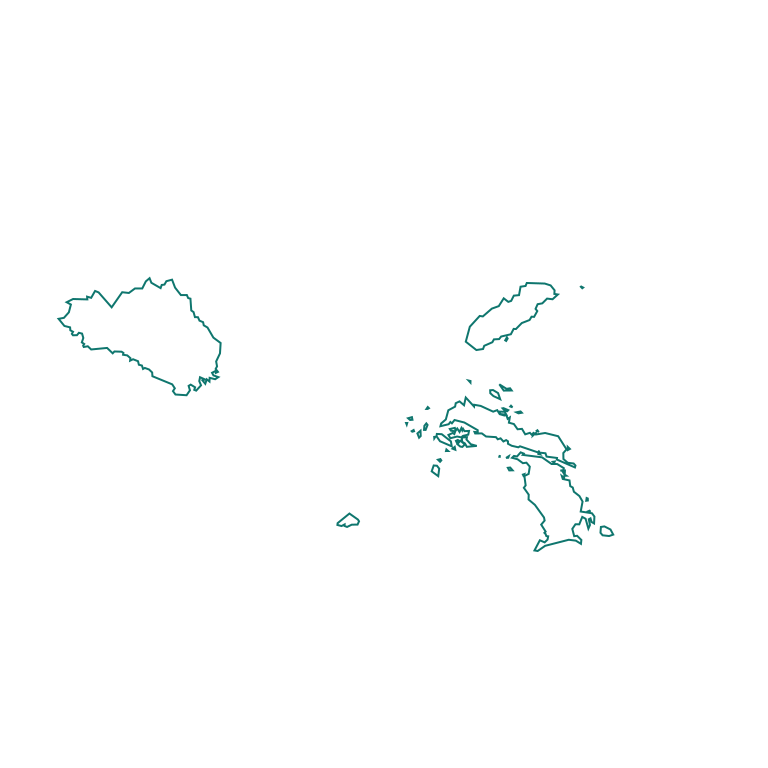 outline of Nias Selatan, Sumatera Utara, Indonesia, rotated 322°
{"feature_id": "22746128B70987165350034", "entity_name": "Nias Selatan", "entity_type": "district", "adm_level": 2, "iso_a3": "IDN", "parent_name": "Indonesia", "parent_adm1": "Sumatera Utara", "projection": "albers", "projection_center": [98.287, 0.198], "detail": "fine", "context": "isolated", "style": "outline", "palette": "teal", "viewbox_px": 768, "rotation_deg": 322, "n_neighbors": 0, "source": "geoboundaries", "source_scale": "gbopen_adm2", "svg_char_len": 6182}
<svg xmlns="http://www.w3.org/2000/svg" viewBox="0 0 768 768"><g transform="rotate(322 384 384)"><path d="M191.3,125.6L184.3,124.2L186.2,128.6L179.8,133.5L172.5,134.8L167.7,132.3L167.9,141.5L171.5,146.1L169.9,148.6L171.1,151.4L168.9,152.3L168.9,154.1L172.1,156.5L175.1,155.8L177.1,158.4L175.4,162.6L171.5,165.2L172.4,167.9L170.5,168.6L170.2,170.0L173.8,171.9L174.5,176.5L188.0,185.1L189.1,192.8L191.6,192.4L197.1,197.0L197.8,199.1L196.4,200.3L199.3,203.4L200.1,207.5L198.3,209.3L201.5,210.0L204.2,214.6L202.7,217.9L204.6,220.4L203.4,223.8L205.4,224.1L207.8,227.9L208.4,232.2L206.3,235.3L216.9,253.9L216.5,258.6L213.3,259.7L213.2,263.9L221.5,271.3L227.2,269.5L228.9,265.2L231.3,265.5L233.1,270.3L230.9,271.8L231.9,273.6L239.0,272.4L240.2,268.0L243.2,265.4L245.8,270.3L243.2,269.3L243.3,273.8L247.2,271.2L248.0,274.6L250.4,271.8L253.9,276.3L257.7,276.6L254.9,272.2L255.4,269.3L259.3,270.0L258.3,271.7L260.6,272.2L260.6,268.5L263.3,267.3L265.6,262.9L273.6,258.9L280.5,251.1L278.1,242.4L279.7,230.8L278.1,226.8L279.5,223.9L277.6,220.5L278.5,216.8L276.2,214.9L278.2,210.1L277.4,207.4L284.0,197.6L282.6,195.7L283.4,192.5L278.7,188.9L278.7,179.4L281.2,171.3L275.8,169.0L272.2,170.5L269.8,169.1L267.0,170.9L263.0,161.0L264.4,156.3L259.5,156.5L252.3,159.9L246.6,155.4L239.0,155.2L234.2,150.5L216.6,155.9L215.5,136.1L213.6,132.8L206.3,135.8L203.8,132.4L202.3,134.7L191.3,125.6ZM444.2,523.0L442.1,520.7L439.5,521.0L442.9,525.5L444.7,531.9L447.8,533.7L448.0,538.9L442.6,543.9L438.0,542.9L433.2,551.1L430.3,551.9L429.9,560.3L426.8,564.0L428.5,572.2L427.9,587.7L426.5,590.5L421.3,591.6L420.5,599.8L418.0,600.1L419.3,600.6L418.3,603.8L419.6,605.1L417.1,607.3L413.1,607.7L410.6,603.1L400.1,607.8L402.3,610.2L411.3,610.7L433.7,620.5L438.7,625.5L440.8,631.2L443.5,628.4L442.7,622.5L440.2,621.0L443.2,614.1L448.5,612.4L451.5,614.8L458.4,610.8L459.9,614.3L456.0,623.8L459.5,621.9L462.1,616.7L464.0,617.0L462.6,620.5L463.7,623.2L468.2,618.0L468.3,613.9L460.5,605.6L468.1,598.9L469.0,592.6L467.3,585.8L469.0,581.8L467.9,579.1L470.8,574.2L466.4,568.9L467.5,566.0L468.2,568.7L469.6,567.4L471.2,568.5L470.6,566.7L473.3,563.6L472.0,562.8L470.7,564.6L471.0,561.8L469.6,560.8L472.5,562.4L473.9,561.0L471.2,553.7L466.8,550.2L463.4,539.1L449.7,525.3L451.3,524.9L449.6,522.0L444.2,523.0ZM432.8,444.2L428.7,443.3L426.1,445.6L418.5,444.3L410.9,450.0L404.7,450.3L402.5,452.0L410.2,455.5L412.9,454.8L413.3,456.8L417.4,455.8L423.6,463.8L429.4,478.1L428.2,479.7L425.8,477.5L425.4,479.1L430.7,483.2L432.1,488.2L439.5,494.8L439.6,497.6L442.4,498.6L442.7,502.8L445.7,503.4L446.4,505.5L444.9,507.4L446.6,511.3L450.9,516.6L452.8,516.8L463.3,532.8L465.2,532.0L463.9,533.4L468.6,538.0L467.4,541.3L474.8,548.8L473.7,549.9L483.1,567.3L484.7,566.1L484.5,563.4L480.3,559.2L479.2,553.6L482.8,548.8L487.6,547.9L489.1,532.4L480.8,521.8L472.8,517.4L473.6,516.1L469.8,516.3L472.5,514.4L469.2,515.0L468.9,512.3L464.3,510.6L465.1,504.3L461.4,501.9L461.7,495.5L458.6,491.4L462.5,487.8L460.0,487.6L461.3,483.8L459.5,483.0L456.6,479.0L457.1,474.3L453.0,473.0L446.7,460.8L442.3,455.9L441.1,457.2L440.1,445.0L434.0,450.0L432.8,444.2ZM501.3,389.3L486.9,391.7L474.5,401.0L477.7,414.1L483.6,417.4L486.5,415.6L495.1,417.8L498.1,416.5L502.4,419.5L505.5,418.7L514.6,422.9L520.1,420.4L521.8,421.9L530.1,420.8L538.1,423.2L541.7,421.8L543.6,423.5L549.7,420.9L549.7,418.1L554.2,415.7L558.4,417.9L565.1,417.1L569.0,421.0L576.1,420.5L573.7,417.9L576.1,415.2L576.0,408.9L572.5,403.8L558.7,392.3L555.9,393.9L551.5,391.4L545.1,397.1L540.7,394.3L535.4,396.8L532.5,395.8L531.1,390.2L522.4,393.3L515.4,391.0L503.5,391.6L501.3,389.3ZM277.0,464.8L261.8,465.1L260.5,466.4L263.1,469.8L266.5,470.4L265.5,471.6L266.9,473.9L272.0,475.0L276.6,478.5L279.8,476.8L280.0,474.8L277.0,464.8ZM408.2,460.0L408.0,462.0L411.0,465.2L408.6,466.7L408.0,464.9L403.4,463.8L402.9,467.6L409.3,470.4L412.0,473.6L414.3,473.5L419.2,475.8L422.1,473.3L418.4,470.7L418.7,468.0L417.1,468.8L417.8,466.4L414.0,468.3L414.3,464.2L411.7,464.9L412.8,462.2L408.2,460.0ZM466.9,630.2L463.0,634.5L463.1,637.8L467.8,642.4L471.9,643.8L472.9,638.1L470.0,631.9L466.9,630.2ZM401.4,470.4L398.6,459.1L394.9,455.9L393.2,457.5L392.9,463.6L399.0,474.8L401.4,470.4ZM416.6,477.0L412.4,474.1L410.0,477.6L411.2,480.7L410.6,484.5L419.0,489.9L415.3,484.9L414.8,478.5L416.6,477.0ZM370.0,490.0L375.4,484.7L375.4,481.0L373.0,478.8L367.8,482.2L370.0,490.0ZM468.3,461.4L466.2,455.9L463.8,454.3L462.1,456.7L462.8,460.9L466.2,467.5L468.3,461.4ZM409.3,475.7L404.8,476.6L405.6,480.3L407.0,481.8L410.5,481.4L409.3,475.7ZM474.7,455.3L474.3,462.9L480.6,467.7L480.7,465.0L477.6,463.3L474.7,455.3ZM384.0,443.3L379.9,443.5L378.6,447.9L380.9,447.6L384.0,443.3ZM461.5,483.5L462.0,480.2L457.7,476.6L457.2,479.3L461.5,483.5ZM388.5,445.8L393.1,443.1L393.1,441.1L390.1,441.8L387.3,444.8L388.5,445.8ZM384.4,429.7L385.6,427.3L381.9,425.8L382.4,428.4L384.4,429.7ZM432.2,531.2L432.0,527.5L430.0,526.3L429.5,529.2L432.2,531.2ZM382.1,479.5L382.2,477.9L379.9,476.9L380.3,479.8L382.1,479.5ZM401.0,477.1L398.2,477.2L399.7,479.7L401.0,477.1ZM465.8,481.1L463.3,476.6L462.5,476.2L462.8,479.6L464.3,481.3L465.8,481.1ZM474.9,491.5L474.7,489.7L470.9,487.8L471.9,489.9L474.9,491.5ZM506.8,425.3L509.4,424.3L509.6,422.9L506.4,424.2L506.8,425.3ZM490.5,549.6L490.1,546.7L488.3,549.2L490.5,549.6ZM472.9,601.3L474.1,599.7L473.5,598.6L471.5,600.5L472.9,601.3ZM391.6,475.0L393.3,476.3L392.9,474.0L391.6,475.0ZM405.7,473.1L405.3,474.9L408.1,474.6L407.7,473.5L405.7,473.1ZM404.5,430.7L404.3,429.1L402.1,429.8L403.0,430.5L404.5,430.7ZM453.0,436.1L454.0,434.9L452.8,433.4L453.0,436.1ZM469.4,551.0L470.8,550.2L469.2,549.3L469.4,551.0ZM378.6,439.7L379.0,438.5L376.8,438.2L376.9,439.0L378.6,439.7ZM390.2,457.8L392.0,457.2L391.0,456.6L390.2,457.8ZM436.5,518.6L437.9,517.7L434.7,517.4L436.5,518.6ZM476.4,517.2L476.4,514.9L475.6,514.9L476.4,517.2ZM376.9,430.0L378.3,429.0L377.4,428.3L376.9,430.0ZM463.7,535.6L463.7,534.3L462.0,533.6L463.7,535.6ZM600.3,430.6L599.4,428.6L599.0,428.6L599.2,430.6L600.3,430.6ZM466.5,610.0L466.9,611.3L468.0,611.0L468.0,610.4L466.5,610.0ZM470.9,481.5L470.7,479.3L469.7,479.5L470.9,481.5ZM430.4,512.6L431.5,511.4L430.1,512.3L430.4,512.6ZM437.5,541.8L438.8,541.3L437.7,540.9L437.5,541.8Z" fill="none" stroke="#0f766e" stroke-width="2"/></g></svg>